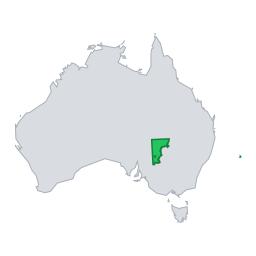 location of Unincorporated NSW, New South Wales, Australia
{"feature_id": "25037944B59579883363479", "entity_name": "Unincorporated NSW", "entity_type": "district", "adm_level": 2, "iso_a3": "AUS", "parent_name": "Australia", "parent_adm1": "New South Wales", "projection": "orthographic", "projection_center": [147.013, -31.429], "detail": "fine", "context": "in_parent", "style": "filled", "palette": "green", "viewbox_px": 256, "rotation_deg": 0, "n_neighbors": 0, "source": "geoboundaries", "source_scale": "gbopen_adm2", "svg_char_len": 5660}
<svg xmlns="http://www.w3.org/2000/svg" viewBox="0 0 256 256"><path d="M160.3,43.3L163.7,56.3L167.7,55.5L172.3,59.4L173.1,67.4L175.8,70.2L176.5,77.8L178.4,81.7L191.3,89.2L196.1,101.5L197.6,102.1L197.9,100.0L200.6,102.3L201.0,101.2L202.0,107.4L203.6,109.3L207.1,111.4L213.6,122.3L213.0,129.3L215.1,137.9L210.9,153.6L208.3,159.2L202.3,165.5L196.7,178.3L195.2,187.9L185.8,190.1L181.1,194.2L178.3,194.6L179.1,197.0L174.6,193.6L175.2,192.7L174.9,191.9L174.1,191.9L172.6,193.4L171.5,192.5L173.3,191.0L172.2,190.0L166.3,195.4L156.7,193.2L148.9,187.2L148.2,182.2L144.4,178.0L145.9,178.0L145.7,176.7L140.7,178.4L142.0,175.0L139.6,170.2L138.2,175.9L134.5,176.8L135.0,174.9L136.7,174.8L138.5,166.9L137.3,161.2L135.3,167.5L131.7,170.1L129.6,174.0L130.2,175.8L128.6,175.7L126.0,173.9L127.5,173.7L126.0,170.3L123.2,166.5L121.2,166.3L120.4,162.8L105.0,158.7L81.6,167.5L75.0,173.1L72.8,178.9L57.2,183.1L50.5,191.4L44.9,192.7L37.6,190.6L36.2,186.5L37.9,186.7L38.5,183.8L36.2,175.6L31.8,170.1L28.7,162.6L17.3,148.7L20.5,149.5L17.6,145.1L19.5,147.6L21.9,147.8L15.9,138.8L15.4,123.8L16.7,126.9L18.4,122.5L26.3,113.1L29.6,112.5L45.8,101.6L51.2,91.8L50.1,86.5L53.1,81.8L56.9,87.1L58.0,83.4L55.8,81.5L56.2,79.9L62.2,79.6L60.3,79.4L61.3,76.8L60.0,75.0L63.2,74.0L61.9,72.7L64.5,72.0L63.4,69.9L65.4,67.0L65.8,68.4L67.6,67.8L67.5,65.0L70.3,65.5L71.8,62.9L74.9,63.9L79.1,67.1L78.7,70.4L81.1,66.9L86.9,67.9L87.9,66.0L85.2,64.1L91.1,52.3L92.4,52.8L94.6,49.8L95.4,50.8L102.3,49.1L102.0,46.5L97.2,45.3L97.9,44.5L115.0,47.9L119.8,45.4L118.7,47.6L120.8,48.5L123.3,45.8L125.6,47.7L123.1,52.7L120.2,53.4L120.5,56.8L118.1,62.5L133.8,71.0L138.0,71.7L139.4,74.0L146.3,75.2L151.0,66.3L151.0,53.8L151.6,49.1L153.4,47.9L152.0,45.8L156.1,36.7L160.3,43.3ZM171.8,205.8L178.8,208.5L187.1,206.7L187.5,214.4L187.0,213.0L186.1,214.7L185.9,219.7L183.0,217.6L181.3,222.3L177.8,221.9L178.5,220.6L175.4,218.5L174.1,214.5L175.5,215.2L172.2,209.8L171.8,205.8ZM89.4,45.9L94.2,45.1L95.7,46.2L92.7,49.3L89.4,45.9ZM133.3,180.7L140.6,179.8L137.6,181.4L133.3,180.7ZM124.7,55.7L125.8,58.3L122.7,58.1L123.1,56.2L124.7,55.7ZM213.2,121.0L213.1,117.8L214.4,115.2L214.8,117.2L213.2,121.0ZM185.2,201.1L187.5,201.8L187.6,202.9L185.2,201.1ZM88.9,46.7L90.8,49.0L87.7,49.4L88.9,46.7ZM169.2,201.7L167.9,201.5L168.5,199.6L169.2,201.7ZM141.6,69.3L140.2,70.2L138.7,70.8L139.4,69.2L141.6,69.3ZM17.1,148.0L15.8,146.9L15.4,145.5L15.5,145.4L17.1,148.0ZM187.0,203.9L187.9,204.6L186.2,204.0L187.0,203.9ZM203.0,107.9L204.1,107.9L204.1,109.3L203.0,107.9ZM176.9,77.7L178.2,78.5L178.0,79.0L176.9,77.7ZM183.0,220.4L183.1,221.6L182.2,221.2L183.0,220.4ZM214.6,130.6L214.6,132.4L214.4,132.3L214.6,130.6ZM101.6,44.0L100.7,43.4L101.2,42.9L101.6,44.0ZM124.2,41.5L123.1,43.0L124.4,40.5L124.2,41.5ZM214.8,128.5L214.3,129.0L214.7,128.4L214.8,128.5ZM127.1,65.7L126.4,66.1L126.7,65.4L127.1,65.7ZM122.2,55.9L121.4,56.1L121.9,55.2L122.2,55.9ZM20.5,115.0L20.5,116.2L20.1,116.2L20.5,115.0ZM154.7,36.2L154.6,37.1L154.3,36.5L154.7,36.2ZM174.1,192.3L174.3,192.9L174.0,192.7L174.1,192.3ZM122.8,43.4L121.2,44.4L122.8,43.1L122.8,43.4ZM63.3,68.6L62.8,69.4L63.1,68.5L63.3,68.6ZM183.5,219.5L183.0,219.7L183.3,219.3L183.5,219.5ZM141.1,72.6L140.2,72.6L140.6,72.0L141.1,72.6ZM60.8,74.1L60.4,74.5L60.3,73.7L60.8,74.1ZM186.7,216.9L186.1,217.2L186.3,216.5L186.7,216.9ZM155.2,33.7L155.1,34.3L154.6,34.1L155.2,33.7ZM173.8,193.1L174.4,193.7L173.4,193.5L173.8,193.1ZM192.8,89.1L192.2,89.2L192.5,88.4L192.8,89.1ZM197.4,99.8L197.1,99.8L197.3,99.3L197.4,99.8ZM172.1,204.8L172.0,205.3L171.8,204.7L172.1,204.8Z" fill="#d9dde1" stroke="#a8b0b8" stroke-width="1"/><path d="M168.7,138.9L151.7,139.6L153.0,164.5L154.3,164.5L154.3,164.4L154.5,164.5L154.8,162.4L155.7,162.5L155.6,163.0L157.9,163.1L157.8,162.8L158.3,162.8L158.2,163.0L158.6,163.0L158.8,163.0L159.0,163.0L159.1,162.9L159.1,162.7L159.3,162.5L159.4,162.4L159.5,162.4L159.5,162.2L159.4,162.0L159.5,162.0L159.4,162.0L159.4,161.9L159.5,161.9L159.4,161.8L159.5,161.8L159.4,161.8L159.5,161.7L159.5,161.8L159.5,161.7L159.4,161.7L159.5,161.6L159.4,161.5L159.4,161.4L159.3,161.2L159.5,161.1L159.4,161.1L159.5,161.0L159.5,160.9L158.8,160.9L158.8,160.4L158.8,160.0L158.3,160.0L158.2,160.0L158.2,159.8L158.1,159.6L158.1,159.4L158.0,159.2L158.1,158.7L158.7,158.7L158.8,158.6L158.7,158.6L158.8,158.6L158.8,158.4L158.8,158.2L158.9,157.8L159.2,157.8L159.3,157.7L159.3,157.2L160.0,156.5L160.8,155.7L160.7,155.6L160.9,155.4L161.0,155.4L161.1,155.5L161.3,155.7L161.6,155.4L161.4,155.2L161.6,155.0L161.7,154.9L161.4,154.5L161.4,154.3L161.2,154.2L161.3,154.1L160.9,153.7L160.8,152.6L161.0,152.6L160.9,151.1L160.1,151.1L160.1,150.7L160.8,150.7L160.8,149.6L160.7,149.0L160.9,149.0L160.8,148.4L161.3,148.4L161.3,147.6L162.1,147.6L162.0,146.7L163.4,146.7L164.4,146.7L164.5,146.2L166.6,146.4L167.1,146.4L167.1,146.5L167.5,146.6L167.4,147.0L167.5,147.2L167.9,146.9L168.6,146.2L167.9,146.1L168.0,145.2L167.2,145.1L167.3,145.0L167.3,144.9L167.5,144.8L167.5,144.7L167.5,144.4L167.5,144.2L167.5,143.9L167.4,143.8L167.5,143.7L167.4,143.7L167.5,143.5L167.5,143.4L167.5,143.2L167.5,142.9L167.8,142.8L167.8,142.7L168.0,142.5L168.0,142.4L168.2,142.2L168.3,142.1L168.4,141.9L168.5,141.9L168.6,141.7L168.8,141.5L168.8,141.4L168.8,141.2L168.8,140.9L168.8,140.7L169.0,140.5L169.0,140.4L169.1,140.2L169.1,139.9L169.1,139.7L168.9,139.6L168.7,139.6L168.5,139.4L168.5,139.2L168.7,138.9ZM154.6,156.4L154.6,156.1L155.3,156.0L155.2,156.2L155.2,156.3L155.2,156.7L154.9,156.7L154.9,156.8L154.8,156.7L154.6,156.7L154.6,156.4ZM240.5,156.5L240.5,156.8L240.4,156.9L240.5,156.9L240.4,156.9L240.5,156.9L240.5,157.0L240.5,156.9L240.6,156.7L240.5,156.4L240.5,156.5L240.4,156.4L240.4,156.5L240.4,156.4L240.4,156.5L240.5,156.5Z" fill="#22c55e" stroke="#15803d" stroke-width="1.5"/></svg>